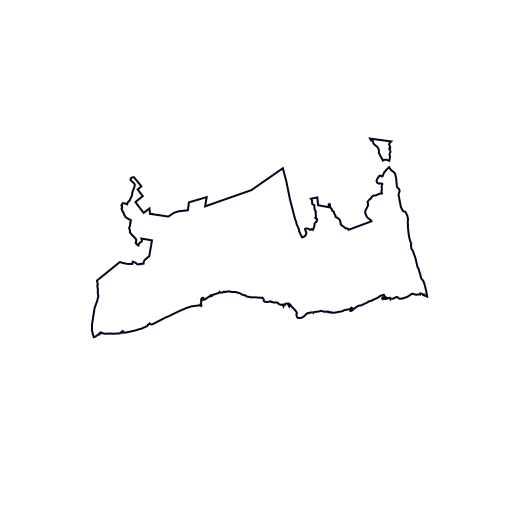 Batu Bara, Sumatera Utara, Indonesia (Albers equal-area conic projection), rotated 141°
{"feature_id": "22746128B96384374000902", "entity_name": "Batu Bara", "entity_type": "district", "adm_level": 2, "iso_a3": "IDN", "parent_name": "Indonesia", "parent_adm1": "Sumatera Utara", "projection": "albers", "projection_center": [99.513, 3.23], "detail": "fine", "context": "isolated", "style": "outline", "palette": "ink", "viewbox_px": 512, "rotation_deg": 141, "n_neighbors": 0, "source": "geoboundaries", "source_scale": "gbopen_adm2", "svg_char_len": 6134}
<svg xmlns="http://www.w3.org/2000/svg" viewBox="0 0 512 512"><g transform="rotate(141 256 256)"><path d="M433.1,294.9L431.2,294.4L428.0,294.2L427.7,293.9L427.3,294.2L426.9,293.8L426.4,294.2L426.1,294.0L425.5,294.5L424.6,294.3L424.8,293.5L424.3,292.7L423.3,292.2L423.0,291.4L421.0,289.5L420.1,289.1L418.0,287.2L417.6,287.2L416.0,285.5L410.6,281.6L409.5,281.6L409.2,281.2L409.1,281.6L408.1,281.8L407.6,281.3L406.8,281.4L406.8,280.7L407.2,280.4L407.1,279.7L405.3,278.4L398.6,275.0L394.1,273.0L393.6,273.0L391.1,271.7L384.9,270.1L383.0,270.6L381.8,270.2L381.2,270.5L380.8,269.0L379.4,268.1L364.9,265.1L362.1,264.2L350.4,261.5L342.6,259.3L337.7,257.4L330.8,253.1L329.3,253.5L329.6,252.8L330.1,252.2L330.1,250.8L329.5,252.4L328.3,254.0L327.1,254.9L327.1,255.3L326.7,256.0L325.4,257.1L324.6,257.3L323.8,257.1L323.3,256.7L323.5,255.9L324.4,255.1L322.6,254.2L321.1,254.3L318.1,254.0L317.0,253.8L317.0,253.4L316.3,253.2L315.7,253.3L315.5,253.1L315.3,253.7L313.8,252.8L311.3,252.0L308.2,250.7L307.0,251.0L307.1,250.3L304.9,248.6L303.6,248.5L303.3,247.9L302.6,247.8L302.3,247.2L300.7,246.5L300.2,246.0L299.5,245.8L297.5,243.3L294.6,240.9L291.9,237.1L291.3,235.2L290.4,233.7L289.6,232.5L289.1,232.3L288.7,230.4L285.7,226.8L281.9,223.8L280.7,222.4L278.4,220.5L278.1,219.9L277.2,219.5L277.3,217.4L278.3,216.1L278.0,214.9L276.0,212.9L273.3,211.8L273.2,210.8L272.7,210.7L272.1,209.5L270.8,208.0L270.1,207.8L269.1,206.7L268.5,205.9L268.7,205.4L268.2,203.6L267.1,202.1L265.6,201.4L265.5,200.7L266.2,200.2L266.3,199.7L265.1,200.7L264.7,200.6L264.4,199.8L263.0,200.3L260.9,198.9L260.3,198.3L260.1,196.9L261.6,197.6L262.0,196.3L262.0,196.0L261.5,196.4L260.7,196.5L260.3,195.6L259.7,189.7L259.8,187.0L260.1,186.0L261.6,185.0L262.6,182.5L262.6,181.8L261.4,180.6L259.3,179.2L256.5,178.9L252.7,179.3L251.8,179.1L251.3,178.5L249.3,177.9L247.2,176.3L247.2,175.6L246.5,175.8L245.9,175.7L241.8,173.2L240.1,172.6L238.3,170.1L237.2,169.0L234.9,167.5L234.8,167.0L235.1,166.7L233.2,165.2L233.4,164.9L230.8,162.6L223.4,158.6L221.1,158.3L220.2,157.5L217.4,156.3L216.4,155.3L215.9,155.3L214.6,155.9L214.2,155.4L214.5,154.7L213.9,154.5L213.6,153.9L213.8,153.6L214.9,153.5L217.0,154.1L217.2,153.9L216.9,153.6L215.6,153.2L211.4,153.3L208.3,152.9L207.0,152.5L205.5,151.5L199.3,150.0L197.9,149.7L197.4,149.9L193.4,148.2L192.9,148.4L191.5,147.9L187.3,146.9L185.1,146.9L181.5,145.7L180.9,145.1L181.6,143.1L181.0,142.0L181.5,142.1L182.6,143.5L183.5,144.0L184.6,143.8L184.8,142.8L183.4,142.3L182.3,141.0L178.3,139.4L178.8,137.7L177.9,138.0L176.5,136.6L172.4,135.7L171.9,135.0L171.7,133.4L171.4,132.6L169.5,131.0L164.4,129.1L161.7,128.7L159.4,128.7L158.0,128.1L156.7,126.0L155.4,124.7L153.3,123.5L152.6,123.5L152.5,122.8L151.6,123.3L150.6,121.7L150.4,120.8L149.9,120.4L150.5,120.2L150.1,119.5L148.5,116.8L145.4,122.4L142.7,128.3L141.6,131.6L141.8,133.5L141.3,135.7L139.9,138.3L139.1,140.6L137.8,143.5L137.4,145.9L133.5,153.8L130.8,161.5L130.7,163.8L128.9,166.6L127.6,167.9L126.6,171.1L124.4,175.6L120.2,182.2L116.1,187.6L114.6,188.9L113.9,190.6L112.9,192.3L112.7,194.0L112.1,195.7L112.1,196.3L113.3,197.9L113.4,198.6L112.6,202.9L106.9,213.5L106.2,214.3L103.7,216.0L103.1,216.7L102.7,218.0L103.0,220.4L102.8,221.3L98.0,228.5L96.4,231.8L96.1,232.9L96.1,234.2L97.0,238.1L96.6,241.2L100.4,241.0L101.6,240.6L103.9,240.3L107.5,238.3L108.1,238.6L108.7,240.2L109.2,240.5L110.6,240.5L113.5,239.5L115.1,238.5L115.6,237.0L115.6,236.3L115.1,235.1L112.8,233.5L112.5,232.5L114.4,231.2L115.9,229.0L117.7,227.5L118.8,225.3L120.8,226.7L124.5,227.6L127.0,229.1L129.0,229.1L130.6,228.4L133.0,228.4L135.2,227.8L135.6,227.3L136.1,225.9L137.6,224.5L142.2,222.5L143.1,221.8L144.0,220.8L144.5,219.6L145.2,216.5L145.1,215.0L144.2,211.3L144.4,210.3L167.6,218.1L167.4,219.3L167.7,220.0L168.9,221.1L170.3,226.9L168.3,230.7L168.3,233.4L169.6,236.4L168.9,237.1L168.3,240.2L167.6,241.3L168.3,243.5L167.7,244.4L167.6,245.0L167.6,247.1L166.1,250.1L167.0,250.4L168.7,248.1L175.8,256.4L171.5,262.9L177.3,266.0L177.5,263.9L178.2,263.2L178.5,262.3L179.5,261.3L179.5,260.6L178.7,258.8L180.9,255.8L181.3,254.6L181.6,252.7L182.7,252.0L183.0,251.2L184.7,248.7L185.9,248.4L186.0,247.8L185.4,246.7L185.4,246.2L186.0,245.5L187.6,244.5L188.5,244.7L190.3,244.3L191.0,243.2L193.6,241.4L195.4,240.5L195.7,241.8L196.7,241.8L197.3,242.1L197.8,243.5L199.0,245.3L200.7,246.2L201.5,244.9L202.0,242.7L203.4,241.4L205.2,240.6L208.0,241.2L208.1,241.5L208.5,241.7L206.9,248.0L205.7,250.0L204.6,254.6L203.3,257.4L202.3,260.3L194.1,278.4L185.6,294.6L179.9,307.3L218.1,310.1L264.3,326.6L257.3,332.8L274.4,339.9L280.1,334.4L287.8,339.3L291.7,340.9L293.0,341.3L299.3,341.8L310.4,353.9L310.3,354.2L311.9,355.3L308.9,360.0L316.2,360.2L315.8,373.8L306.3,373.8L306.1,382.2L301.2,382.3L301.3,394.0L302.5,394.9L304.1,395.2L305.1,394.8L305.7,394.1L305.0,389.0L305.3,387.8L306.6,386.5L308.1,385.5L311.8,383.5L314.5,380.9L318.6,379.1L319.2,378.6L321.5,378.5L323.7,377.3L324.7,379.3L326.1,380.8L327.5,380.5L328.8,379.9L328.5,379.5L329.2,378.1L330.5,377.6L330.7,376.9L331.3,376.2L331.4,374.5L331.8,374.2L331.6,373.1L332.5,371.4L332.6,369.5L333.0,368.2L332.1,366.4L332.2,366.1L332.0,365.9L332.0,365.2L330.7,362.7L331.8,361.4L332.9,361.1L333.2,360.2L333.8,360.0L334.2,359.4L336.0,358.1L337.1,357.5L337.9,355.1L339.2,353.6L339.0,350.7L339.3,349.9L338.8,348.8L338.7,344.3L339.3,343.3L340.0,343.1L340.3,342.3L340.9,341.7L341.3,341.7L341.3,340.3L341.2,339.2L340.7,338.1L339.3,339.2L338.5,339.4L335.5,339.2L334.8,339.8L334.1,341.7L327.0,333.6L339.1,323.0L344.5,323.0L346.6,322.3L348.3,320.8L349.6,321.8L350.5,322.0L350.8,322.8L351.8,323.0L353.1,323.8L353.5,324.4L353.7,326.0L354.2,327.3L355.4,329.2L357.1,327.7L358.7,328.9L361.1,331.0L364.0,334.5L365.6,337.0L395.1,337.0L396.8,333.4L397.9,333.0L399.7,329.9L402.8,326.0L403.6,324.2L407.6,321.1L414.1,317.2L426.3,306.2L430.3,301.4L432.4,297.0L433.1,294.9ZM78.9,260.0L91.7,273.6L93.5,275.5L93.9,273.2L92.8,272.1L93.8,269.7L93.9,267.9L93.1,264.7L93.1,263.5L93.8,261.0L95.7,258.6L97.3,250.3L96.1,250.2L94.2,248.9L92.5,246.1L89.3,248.9L88.2,251.1L85.9,252.4L85.3,253.6L85.1,255.3L83.8,255.4L83.8,256.1L83.6,256.1L82.8,256.9L82.5,258.9L80.7,259.9L78.9,260.0Z" fill="none" stroke="#020617" stroke-width="2"/></g></svg>